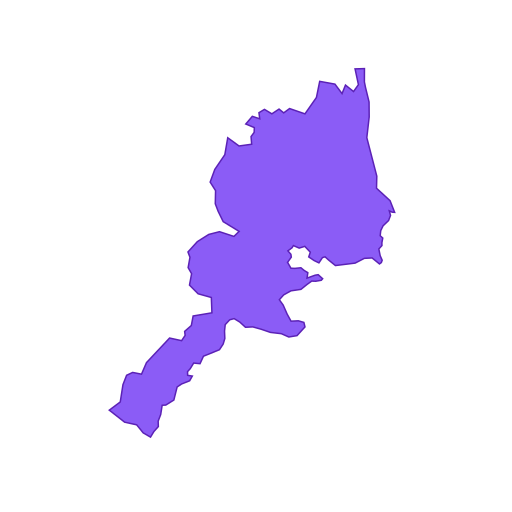 outline of Payarik, Samarkand, Uzbekistan, rotated 221°
{"feature_id": "79887680B84985398573177", "entity_name": "Payarik", "entity_type": "district", "adm_level": 2, "iso_a3": "UZB", "parent_name": "Uzbekistan", "parent_adm1": "Samarkand", "projection": "albers", "projection_center": [66.843, 40.084], "detail": "fine", "context": "isolated", "style": "filled", "palette": "violet", "viewbox_px": 512, "rotation_deg": 221, "n_neighbors": 0, "source": "geoboundaries", "source_scale": "gbopen_adm2", "svg_char_len": 2110}
<svg xmlns="http://www.w3.org/2000/svg" viewBox="0 0 512 512"><g transform="rotate(221 256 256)"><path d="M180.0,379.9L191.1,385.7L209.5,386.2L217.2,395.5L250.0,418.0L261.8,435.2L271.7,446.4L284.0,455.1L288.4,458.5L297.1,468.6L304.0,462.2L291.1,452.5L290.3,444.1L300.6,443.7L297.6,435.0L309.2,437.5L322.5,429.6L314.4,415.3L312.3,395.4L327.4,389.3L329.0,382.2L335.0,382.0L337.3,373.7L345.8,372.2L347.8,366.1L343.2,362.0L350.4,359.0L350.3,348.9L341.5,351.8L338.5,348.1L338.1,342.9L332.6,337.5L341.0,327.9L354.9,326.7L346.0,312.0L343.9,294.3L339.1,281.7L329.4,278.8L321.0,268.7L313.9,264.9L303.3,260.4L284.9,263.5L285.5,256.3L299.5,250.4L305.8,241.3L309.7,228.4L310.0,214.4L305.0,211.7L299.6,202.7L293.0,200.4L287.1,190.4L274.9,189.5L262.5,195.4L252.0,184.2L264.1,169.5L259.2,161.1L260.4,152.3L257.4,149.6L256.6,143.3L267.4,137.4L268.7,103.7L264.9,91.7L272.7,87.2L275.4,81.1L272.0,71.6L262.7,56.8L265.6,43.4L246.1,44.4L235.3,50.3L225.1,48.5L216.8,50.1L217.9,56.6L217.8,63.2L221.5,67.2L223.9,73.8L228.9,81.8L226.3,84.3L223.5,93.4L229.6,105.4L228.2,110.6L224.2,118.3L225.3,123.6L229.3,121.1L231.8,123.8L231.7,127.7L232.8,134.3L227.6,138.0L229.9,145.9L222.1,161.3L223.0,168.0L225.4,173.3L230.5,178.7L234.2,184.0L234.0,190.6L231.4,194.4L224.9,195.5L217.2,195.3L211.9,200.4L204.1,204.1L195.0,207.8L185.9,214.0L178.1,216.4L172.8,222.8L172.6,230.7L172.5,234.6L176.3,237.3L181.5,234.9L186.8,229.8L194.4,232.6L203.3,236.8L209.7,238.3L209.6,244.8L206.8,252.6L200.2,260.3L198.8,268.1L197.5,273.6L194.4,276.1L190.8,280.5L190.8,282.6L196.8,282.7L198.8,280.3L203.0,272.8L205.9,277.4L210.3,276.7L214.4,276.6L218.5,272.2L221.6,269.7L227.9,271.9L228.0,271.9L228.6,278.3L230.8,280.2L235.3,280.8L234.2,285.8L234.6,288.4L228.6,290.3L225.5,295.3L217.5,294.5L215.6,289.9L209.1,290.7L204.0,292.1L204.8,298.4L203.3,300.7L198.3,300.6L189.8,300.9L176.5,315.7L172.7,325.3L167.1,330.7L157.6,331.0L157.1,333.3L158.0,335.6L162.5,337.7L167.9,341.9L167.8,346.5L169.7,348.6L172.1,352.7L175.6,352.8L178.5,357.0L179.9,362.1L179.2,369.7L181.1,374.9L185.0,377.5L182.0,378.4L180.0,379.9Z" fill="#8b5cf6" stroke="#5b21b6" stroke-width="1.5"/></g></svg>